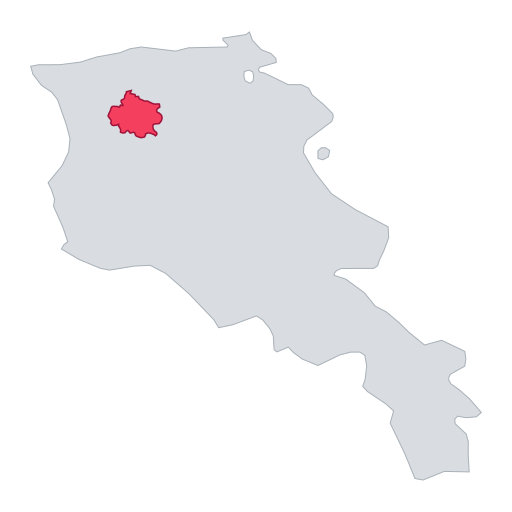 location of Spitak, Lori, Armenia
{"feature_id": "60910142B40000384571079", "entity_name": "Spitak", "entity_type": "district", "adm_level": 2, "iso_a3": "ARM", "parent_name": "Armenia", "parent_adm1": "Lori", "projection": "albers", "projection_center": [44.201, 40.853], "detail": "fine", "context": "in_parent", "style": "filled", "palette": "rose", "viewbox_px": 512, "rotation_deg": 0, "n_neighbors": 0, "source": "geoboundaries", "source_scale": "gbopen_adm2", "svg_char_len": 3239}
<svg xmlns="http://www.w3.org/2000/svg" viewBox="0 0 512 512"><path d="M218.7,327.7L213.8,319.7L188.8,293.6L165.8,273.5L150.1,265.3L134.2,266.1L109.6,270.1L100.6,268.4L79.2,259.6L61.4,249.0L63.9,244.7L67.7,241.6L63.2,228.0L53.5,206.1L54.6,199.3L51.5,189.8L48.1,182.7L62.1,165.7L68.6,152.0L70.0,138.7L66.4,124.8L57.5,99.6L51.9,92.3L41.5,85.4L32.9,74.2L30.7,66.3L38.1,64.8L59.6,64.7L80.3,62.1L96.6,57.0L120.2,52.7L129.9,48.8L141.2,47.0L175.6,51.1L188.5,47.8L227.2,47.0L228.2,45.4L222.9,40.1L222.9,38.1L245.9,34.6L249.4,32.0L252.5,40.4L261.3,49.7L270.8,53.4L275.9,58.5L276.2,62.4L259.5,67.3L258.4,69.7L259.5,72.0L264.5,73.1L288.1,84.6L301.5,84.7L308.6,88.2L312.3,95.1L323.6,104.5L332.7,113.6L333.3,116.8L331.7,121.5L306.9,140.0L303.8,146.3L303.5,152.9L314.8,172.4L331.4,193.7L355.3,209.6L388.1,226.8L388.7,237.7L383.8,250.9L379.5,259.8L377.6,265.8L373.7,268.4L341.2,268.5L336.4,270.7L334.3,273.3L334.2,275.4L345.9,279.2L364.4,292.8L375.2,306.2L386.3,311.9L398.8,322.4L408.9,332.3L424.5,345.0L441.6,340.3L464.8,351.3L465.9,359.1L464.7,366.2L450.4,374.2L448.7,377.5L448.8,380.1L450.8,383.8L459.4,389.9L469.6,398.9L481.3,412.5L476.4,416.8L465.9,417.7L457.6,416.2L454.8,419.1L455.1,423.7L466.1,433.9L468.3,441.6L468.2,455.0L469.2,471.9L444.2,471.4L423.0,480.0L414.9,478.5L409.2,464.3L404.4,452.8L390.2,423.2L393.6,410.9L385.9,403.9L367.5,391.6L362.7,386.4L365.2,379.2L366.7,365.9L364.8,355.3L359.9,352.1L350.8,352.1L339.9,354.9L317.9,365.5L302.5,359.2L293.5,352.6L288.3,347.1L276.9,351.9L274.1,349.7L273.3,335.9L269.8,328.6L262.8,320.0L256.4,315.9L232.9,324.7L218.7,327.7ZM253.0,81.1L253.7,76.1L252.6,71.6L248.8,70.2L244.2,71.5L243.9,76.4L245.3,81.1L250.0,83.2L253.0,81.1ZM328.4,156.7L323.1,159.8L318.0,158.5L317.9,150.8L321.5,147.7L325.7,147.8L329.7,150.5L328.4,156.7Z" fill="#d9dde1" stroke="#a8b0b8" stroke-width="1"/><path d="M159.1,103.9L154.6,104.1L152.0,103.3L147.4,101.0L144.5,101.1L143.2,100.4L139.3,98.8L138.5,96.4L135.5,96.6L135.0,94.5L130.2,93.5L131.3,90.5L126.4,91.7L126.4,92.6L126.2,92.9L125.9,93.7L124.8,95.6L124.5,98.1L123.9,98.9L121.4,100.1L121.0,101.1L121.4,102.5L123.0,105.1L122.8,105.5L121.7,105.4L120.7,105.0L120.2,105.3L119.8,106.9L118.9,107.2L117.8,106.5L113.3,106.3L113.2,106.3L112.0,106.6L111.1,108.0L110.2,111.0L108.8,113.7L108.1,115.9L108.6,117.0L108.9,117.4L111.1,120.2L111.2,121.8L110.6,122.9L111.3,124.1L112.2,125.2L112.9,125.4L113.6,125.5L114.9,125.4L116.6,125.2L118.6,124.3L118.5,125.8L119.8,127.9L120.1,128.4L120.6,129.7L120.5,132.3L122.8,133.0L124.8,132.8L125.5,132.1L126.4,131.1L127.2,130.6L128.0,130.6L128.8,131.4L129.7,132.5L130.2,133.1L133.8,132.2L134.7,132.9L135.3,134.8L136.2,136.0L139.3,137.3L139.5,137.3L141.4,137.7L144.5,137.0L145.4,135.4L145.6,133.8L148.2,132.9L150.6,133.2L154.3,134.8L155.4,135.8L156.6,134.8L156.9,133.8L156.7,132.9L156.0,131.9L155.1,131.4L154.6,130.8L153.6,129.8L153.1,128.4L153.0,127.8L152.8,126.4L153.1,125.0L154.0,124.2L155.0,123.9L156.3,123.8L158.0,123.7L159.2,123.5L160.1,122.5L160.2,122.3L161.0,121.3L161.6,120.1L162.0,118.7L162.0,117.1L161.7,115.9L160.9,114.5L159.6,113.6L158.7,112.7L157.3,112.3L156.7,111.3L156.7,110.3L157.0,109.4L157.5,108.6L158.3,108.1L158.7,107.8L159.7,107.3L159.7,106.1L159.5,104.7L159.1,103.9Z" fill="#f43f5e" stroke="#9f1239" stroke-width="1.5"/></svg>